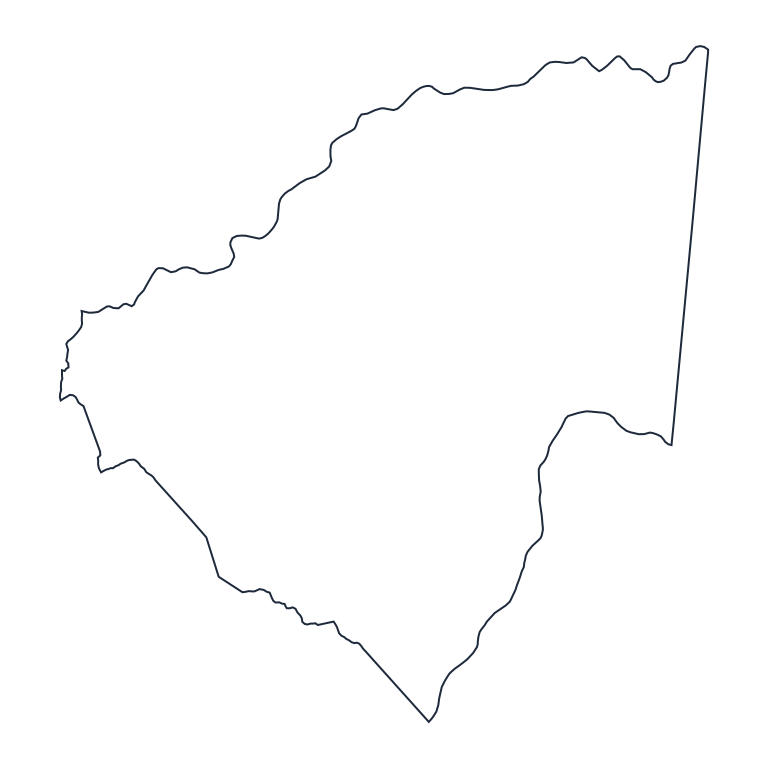 outline of Remanso, Bahia, Brazil
{"feature_id": "56859067B23301273504711", "entity_name": "Remanso", "entity_type": "district", "adm_level": 2, "iso_a3": "BRA", "parent_name": "Brazil", "parent_adm1": "Bahia", "projection": "robinson", "projection_center": [-42.307, -9.633], "detail": "fine", "context": "isolated", "style": "outline", "palette": "slate", "viewbox_px": 768, "rotation_deg": 0, "n_neighbors": 0, "source": "geoboundaries", "source_scale": "gbopen_adm2", "svg_char_len": 4640}
<svg xmlns="http://www.w3.org/2000/svg" viewBox="0 0 768 768"><path d="M429.2,85.9L425.9,86.1L423.0,86.9L420.1,88.1L416.2,90.8L412.1,94.2L405.1,101.7L402.9,104.1L397.6,108.7L393.6,110.1L386.2,108.8L384.0,108.3L380.9,108.4L374.7,110.3L367.5,113.6L364.1,114.1L361.4,114.5L358.6,118.2L356.0,125.9L354.5,128.7L351.6,130.7L340.8,136.4L336.3,139.4L332.5,142.7L331.1,145.0L330.4,149.7L330.5,156.5L331.3,160.9L329.2,166.5L325.0,170.4L315.3,176.7L306.6,179.2L299.7,183.1L291.0,189.6L288.4,190.9L284.9,193.5L281.6,197.3L280.3,199.4L279.0,203.7L277.6,219.4L276.6,222.0L274.0,226.7L272.3,229.0L268.3,233.5L265.7,235.7L262.4,237.8L259.0,238.6L245.6,235.7L241.2,235.6L236.7,236.0L232.4,238.1L230.4,242.3L230.3,245.0L231.3,248.1L233.7,253.7L234.2,257.0L232.4,260.5L230.8,264.2L228.9,266.5L223.5,268.8L218.4,270.0L212.7,272.3L210.4,272.8L207.2,273.4L203.0,273.2L199.4,272.6L194.6,269.3L187.0,267.3L182.6,267.7L178.5,269.5L175.7,271.3L171.0,272.2L163.0,268.3L158.8,268.1L156.7,269.0L154.4,272.0L152.1,275.4L146.3,285.6L143.6,290.5L138.1,296.3L134.9,302.1L134.1,304.4L131.7,306.2L126.3,303.8L123.6,304.2L118.5,308.3L113.5,308.0L109.5,306.3L106.9,306.5L98.3,311.9L93.3,312.6L88.8,312.7L81.6,311.0L82.1,314.2L81.8,317.4L81.8,320.5L82.1,323.6L81.2,327.0L79.1,330.1L76.9,332.9L74.7,335.4L73.0,337.2L70.7,339.2L67.9,341.3L66.3,344.0L67.2,347.2L68.1,349.9L67.4,354.0L67.1,357.1L66.3,360.6L68.3,363.5L68.5,367.4L66.2,368.8L64.6,371.0L62.0,370.2L62.0,373.4L62.0,375.8L62.3,378.8L61.1,382.1L60.9,386.5L61.1,390.1L60.1,393.9L59.9,397.5L60.7,400.5L63.9,398.4L67.3,396.5L69.7,394.9L72.9,395.2L75.6,397.0L77.2,399.8L78.4,402.4L80.2,404.0L83.5,406.1L100.1,451.6L100.3,455.4L97.8,457.6L98.2,460.6L98.1,464.1L98.9,468.3L101.1,472.4L103.6,470.9L106.4,469.5L108.5,469.0L110.8,468.1L113.0,468.2L115.6,466.3L118.5,465.2L120.6,463.7L124.1,462.5L127.0,460.8L129.1,460.0L131.5,459.8L134.0,459.6L136.2,460.9L138.6,463.1L140.9,466.4L144.2,468.8L146.3,472.2L149.1,474.1L151.5,475.5L153.7,477.6L155.4,480.3L192.6,521.6L206.3,537.3L207.5,541.1L218.7,576.8L242.4,592.2L245.3,591.9L248.8,591.1L251.9,591.4L254.5,591.4L256.9,590.3L259.6,589.1L263.7,589.9L266.8,591.8L269.7,592.6L271.6,597.3L273.2,600.7L275.4,602.5L279.4,602.4L282.2,603.7L284.6,603.9L285.5,606.1L286.7,608.2L289.5,608.3L292.8,607.4L295.5,608.8L297.4,612.4L300.4,615.6L301.8,618.3L302.3,621.8L304.7,623.9L307.5,624.5L310.4,623.6L313.0,623.6L315.4,623.3L317.8,625.0L333.6,621.6L335.6,624.6L337.0,627.2L338.0,630.1L339.1,633.2L341.4,635.7L344.4,637.2L346.1,638.8L349.2,640.4L351.6,642.2L354.3,643.1L357.0,642.7L359.4,643.8L361.3,646.1L363.0,648.6L365.7,651.5L428.8,721.9L431.5,718.9L433.2,716.6L435.1,713.6L436.4,711.5L438.3,705.1L439.1,699.0L440.4,692.8L441.1,690.0L441.7,687.2L445.1,680.4L449.1,674.0L451.3,671.8L454.9,668.6L457.8,666.6L462.1,663.4L467.1,659.4L469.5,656.9L473.2,652.9L477.0,647.0L477.7,644.3L477.8,641.5L478.5,636.3L479.7,632.0L481.4,629.4L484.9,624.9L486.8,621.7L494.7,613.0L500.7,608.9L505.7,605.5L509.6,601.9L510.9,599.6L512.6,595.9L514.0,593.0L515.6,589.6L517.0,585.0L519.1,579.6L520.1,576.7L521.6,571.8L523.9,566.8L524.2,563.3L525.2,559.3L525.8,555.7L527.5,551.9L532.2,546.0L535.1,543.3L538.2,540.5L540.3,538.4L541.5,536.2L542.2,533.2L542.9,529.7L542.8,527.2L542.4,523.5L541.8,515.9L541.3,512.5L540.8,509.0L540.3,505.5L539.6,500.9L539.7,497.2L540.7,491.5L540.1,485.8L539.1,480.4L538.9,475.5L538.8,472.8L538.8,469.1L540.4,465.5L543.9,461.6L545.4,459.3L547.2,455.4L548.6,450.1L549.0,447.2L550.8,444.0L552.7,440.7L554.9,437.5L556.6,435.1L561.6,427.0L563.6,422.7L565.6,418.6L568.1,416.0L571.2,415.1L578.3,412.9L583.8,411.8L586.6,411.3L591.0,411.6L596.0,412.1L599.6,412.4L604.7,412.9L609.4,414.6L613.7,417.9L615.6,420.6L617.7,423.4L621.3,427.0L626.4,430.8L630.5,432.3L638.8,434.2L644.1,434.1L649.9,432.6L652.3,432.9L656.6,434.3L660.8,436.3L663.5,439.4L665.2,441.9L668.4,444.3L671.5,445.1L673.7,423.0L675.5,403.6L693.2,214.9L698.9,151.8L704.9,86.3L708.1,52.2L708.1,49.6L704.3,47.0L700.5,46.1L696.2,46.9L694.5,48.4L689.9,54.1L685.4,60.6L681.5,62.5L672.9,63.9L670.6,65.8L669.7,68.4L668.5,75.1L666.9,77.9L663.7,80.7L660.6,81.8L657.9,82.1L655.6,81.2L653.4,79.4L652.1,77.4L646.0,72.3L640.3,69.2L637.6,69.2L632.5,69.2L630.3,67.9L624.3,60.4L619.8,56.4L617.3,56.4L615.1,58.0L607.1,65.8L601.6,70.0L599.1,71.2L592.3,65.9L586.9,59.6L585.0,58.0L581.6,57.3L573.6,62.4L566.5,63.0L559.8,62.1L555.4,61.8L550.0,62.4L547.1,64.0L545.0,65.5L537.5,72.8L533.6,76.6L530.2,79.0L527.8,81.9L523.8,84.2L517.8,85.6L511.3,85.8L507.9,86.6L498.1,89.3L492.5,90.1L484.1,89.9L470.0,87.8L464.3,87.7L459.6,89.6L453.2,93.2L449.3,93.9L444.1,94.1L440.2,92.6L433.8,88.5L432.1,86.8L429.2,85.9Z" fill="none" stroke="#1e293b" stroke-width="2"/></svg>